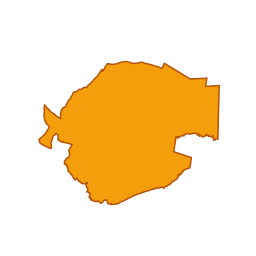 Gura Vadului, Prahova, Romania (Robinson projection), rotated 298°
{"feature_id": "2599482B35654118290873", "entity_name": "Gura Vadului", "entity_type": "district", "adm_level": 2, "iso_a3": "ROU", "parent_name": "Romania", "parent_adm1": "Prahova", "projection": "robinson", "projection_center": [26.431, 45.048], "detail": "fine", "context": "isolated", "style": "filled", "palette": "amber", "viewbox_px": 256, "rotation_deg": 298, "n_neighbors": 0, "source": "geoboundaries", "source_scale": "gbopen_adm2", "svg_char_len": 5594}
<svg xmlns="http://www.w3.org/2000/svg" viewBox="0 0 256 256"><g transform="rotate(298 128 128)"><path d="M200.5,159.7L202.2,129.9L201.8,129.7L201.5,129.6L200.6,129.9L198.2,130.0L196.6,129.9L196.0,125.0L195.4,122.6L195.0,119.8L194.7,118.4L193.0,112.4L192.9,110.8L192.6,109.4L192.4,109.0L191.8,108.3L189.9,106.2L188.8,104.4L187.8,102.9L187.3,102.0L187.0,101.0L187.0,99.7L186.8,98.5L186.7,97.8L186.3,97.1L186.0,95.7L185.6,94.5L182.5,90.8L181.2,89.4L179.3,87.7L178.2,86.5L177.6,85.6L176.0,82.7L176.0,82.1L176.1,81.8L176.0,81.6L175.6,81.0L175.5,80.5L175.3,80.1L175.2,79.6L173.9,79.6L171.3,79.1L170.0,79.3L169.2,79.3L168.2,79.0L167.8,79.2L167.6,79.3L167.1,79.0L166.9,79.4L166.6,79.5L166.5,79.4L166.6,79.2L167.2,78.5L167.3,78.3L167.1,77.8L167.3,77.4L167.1,77.2L166.5,77.2L166.0,77.4L165.8,77.5L165.2,77.1L162.9,77.2L161.3,76.7L160.3,76.7L158.9,76.5L158.1,76.3L156.9,75.7L156.3,75.5L154.6,75.1L153.5,75.0L152.3,74.5L150.0,74.2L148.0,73.2L146.5,72.6L146.1,72.6L145.0,72.6L144.3,72.4L144.2,72.3L144.0,71.6L143.5,70.8L143.3,70.3L143.1,69.9L142.9,69.8L142.4,69.8L142.0,69.5L141.3,69.2L141.1,69.1L140.8,68.7L140.0,68.1L139.4,66.9L139.0,66.9L137.9,66.1L137.1,65.8L136.0,65.3L135.3,64.6L134.9,64.0L134.6,63.6L133.6,63.0L133.1,63.0L132.2,63.3L131.7,63.4L129.3,63.1L127.1,63.3L125.4,62.8L124.8,62.5L124.0,62.5L123.1,62.7L121.8,62.8L121.0,62.7L120.2,62.3L119.7,62.5L119.1,62.9L117.4,62.8L117.0,62.6L116.6,62.0L116.0,61.6L114.8,61.2L114.4,61.0L113.3,61.1L111.7,60.9L110.9,61.3L109.4,61.5L107.1,62.8L105.8,63.3L105.4,63.6L105.1,64.0L104.7,64.0L104.7,61.2L104.7,60.6L105.0,59.0L105.5,57.3L105.7,55.7L105.8,54.8L105.8,54.0L106.0,52.5L106.7,50.6L107.0,50.1L107.4,48.4L108.0,46.5L108.8,44.1L109.3,43.6L109.2,43.5L107.9,44.1L106.5,44.5L105.1,45.2L105.1,45.3L104.4,45.8L98.3,48.7L97.6,49.2L96.7,50.2L95.7,51.0L94.3,52.5L93.7,53.7L93.6,54.1L93.5,54.5L92.7,56.6L92.4,57.9L91.8,58.0L89.6,58.0L85.6,57.8L83.4,57.5L82.4,57.0L80.5,56.5L77.6,55.5L76.2,54.8L75.3,55.4L73.3,57.5L73.1,60.6L73.1,63.3L73.4,66.5L73.5,68.7L73.7,69.5L74.6,69.5L75.0,69.4L76.1,68.8L77.3,68.1L77.6,67.7L79.0,67.0L81.2,66.5L83.9,66.0L85.0,65.9L86.3,65.9L86.8,66.1L87.2,66.5L87.5,66.6L88.4,66.9L89.4,67.2L89.2,67.8L89.1,68.7L88.9,69.0L88.1,70.0L87.4,70.5L87.1,70.8L86.5,71.1L85.3,71.2L85.1,71.4L84.9,71.6L84.6,72.9L84.5,75.1L84.7,76.9L84.8,77.2L85.2,77.6L87.2,86.3L85.1,86.4L80.9,86.2L80.3,86.2L79.8,86.7L79.1,87.7L78.2,88.0L77.6,88.6L76.7,89.0L75.3,89.5L74.8,89.6L74.4,89.4L73.6,88.6L72.9,88.2L72.1,88.0L70.1,87.8L69.8,87.7L69.0,87.6L68.3,87.7L67.9,88.1L66.5,88.7L66.3,89.2L66.3,89.8L66.8,89.9L66.4,90.2L66.4,90.7L66.6,91.1L66.6,91.3L66.1,91.5L65.3,92.1L64.9,92.6L64.5,93.4L62.7,95.1L62.2,95.5L61.8,95.3L61.2,97.5L60.3,99.9L59.8,100.9L58.8,102.3L58.7,103.3L57.7,104.3L57.5,105.1L57.5,105.9L58.3,106.0L59.6,106.3L59.1,107.0L58.3,109.1L57.7,109.4L58.0,109.9L57.9,111.3L57.3,113.0L58.2,115.6L59.3,116.6L60.8,117.8L60.7,118.0L58.1,117.5L57.6,118.1L57.3,118.5L56.4,119.2L56.3,119.4L56.1,119.7L56.0,120.5L55.5,121.1L54.6,121.4L52.5,121.7L52.9,122.1L52.8,122.5L52.8,123.1L52.3,123.8L52.6,124.4L52.3,124.8L51.7,125.6L51.0,125.9L50.3,126.0L49.0,126.0L48.6,126.1L48.4,126.4L48.3,126.7L48.5,127.3L48.8,127.8L48.7,128.2L48.5,128.4L47.7,128.5L47.5,128.4L47.0,129.5L47.1,129.8L47.6,130.4L47.6,130.6L47.4,131.0L47.7,132.7L47.7,133.5L47.8,133.8L47.9,134.1L48.3,134.6L48.4,135.1L48.8,135.4L49.3,135.9L49.5,135.9L48.8,139.3L49.9,140.1L50.8,140.4L52.8,140.8L52.7,140.9L53.4,141.6L54.6,143.3L54.4,143.5L52.5,145.1L51.6,146.0L53.3,148.7L52.5,149.1L55.6,153.8L58.4,155.9L60.4,157.2L62.0,158.5L69.0,163.5L71.7,165.4L78.9,172.0L81.7,174.9L85.4,178.4L87.7,180.8L88.2,181.3L88.9,182.7L89.1,183.0L91.0,184.7L91.5,185.3L91.5,185.5L91.3,185.8L91.4,186.1L91.7,186.4L92.0,187.0L91.7,187.6L91.8,188.1L92.1,188.2L92.9,188.1L93.8,188.4L94.1,188.6L94.3,189.3L95.1,189.9L95.4,190.0L95.7,189.9L95.9,190.0L96.3,190.2L97.3,190.8L97.6,190.9L97.8,191.1L98.0,191.6L98.5,191.8L99.2,192.0L101.0,192.1L102.6,193.3L103.2,193.6L103.8,193.7L105.5,194.8L106.7,195.0L109.7,195.3L109.8,195.2L109.5,194.7L109.4,194.6L109.6,194.3L110.0,194.3L110.4,194.4L110.6,194.7L110.6,195.5L111.4,196.3L111.5,196.3L111.7,196.2L112.0,195.7L112.4,195.9L113.3,196.6L113.8,196.8L114.2,196.7L115.0,196.4L115.3,196.4L115.8,197.2L117.5,197.5L118.4,198.1L119.1,198.9L119.6,199.2L120.7,200.2L121.4,200.7L121.7,201.3L126.4,199.8L131.6,197.8L128.5,179.5L140.9,175.2L141.0,175.1L142.3,174.6L142.8,174.5L142.8,175.1L142.5,175.6L142.5,176.0L142.5,176.3L143.2,176.1L143.5,176.1L143.4,176.6L143.5,177.1L143.4,177.5L143.5,177.7L144.2,177.2L144.5,177.1L144.7,177.6L146.1,179.1L146.9,179.5L147.1,179.8L147.1,180.4L147.4,181.1L147.8,181.1L148.2,180.6L148.4,180.6L148.7,180.9L149.5,181.6L150.5,182.6L151.3,183.6L151.5,183.9L151.6,184.4L151.4,185.3L151.5,185.5L152.3,186.0L152.8,187.1L153.9,188.3L154.6,189.4L154.9,190.0L155.3,190.6L155.5,190.9L155.8,191.3L155.4,191.5L154.8,191.9L154.3,192.4L154.5,192.8L154.5,193.2L154.6,193.3L155.4,193.7L156.0,194.0L155.2,194.3L154.5,194.8L154.3,195.0L154.8,195.4L155.5,196.3L155.2,197.8L155.4,198.5L156.5,199.2L156.8,199.7L157.1,199.9L157.9,200.1L158.7,200.0L158.9,200.1L158.4,200.8L158.4,201.1L158.5,201.3L158.9,201.6L159.4,202.3L158.8,202.3L158.5,202.8L158.5,203.3L158.6,203.5L159.3,204.5L159.4,204.8L159.2,205.3L159.3,206.0L159.5,206.3L159.8,206.3L160.7,206.1L161.1,206.6L160.5,207.2L159.6,207.8L159.1,208.3L158.5,208.5L157.9,208.9L157.7,209.2L157.5,209.8L158.2,210.0L158.5,210.4L158.7,210.5L159.6,210.7L160.3,210.7L160.2,211.5L160.4,212.1L160.3,212.5L165.4,210.1L180.3,202.5L208.3,188.6L201.2,177.0L209.0,174.2L204.0,165.9L200.5,159.7Z" fill="#f59e0b" stroke="#b45309" stroke-width="1.5"/></g></svg>